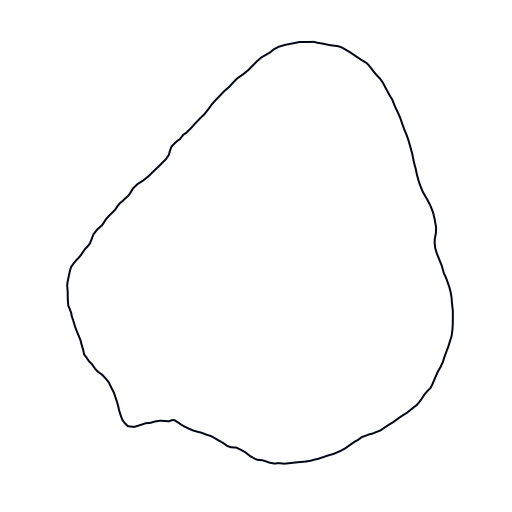 Kolhumadulu, Maldives (Equal Earth projection), rotated 175°
{"feature_id": "70690204B68081100071984", "entity_name": "Kolhumadulu", "entity_type": "district", "adm_level": 2, "iso_a3": "MDV", "parent_name": "Maldives", "parent_adm1": "", "projection": "equal_earth", "projection_center": [73.121, 2.361], "detail": "fine", "context": "isolated", "style": "outline", "palette": "ink", "viewbox_px": 512, "rotation_deg": 175, "n_neighbors": 0, "source": "geoboundaries", "source_scale": "gbopen_adm2", "svg_char_len": 3405}
<svg xmlns="http://www.w3.org/2000/svg" viewBox="0 0 512 512"><g transform="rotate(175 256 256)"><path d="M194.0,465.4L200.8,464.6L207.9,463.9L215.1,462.5L220.5,460.2L224.4,457.5L233.4,453.3L238.2,449.8L242.8,445.9L247.7,441.7L253.1,438.1L259.2,434.6L264.0,430.5L268.1,426.7L273.2,423.1L277.7,419.1L282.7,414.8L286.9,410.8L290.3,406.8L294.9,401.9L300.4,397.4L305.5,392.9L309.8,388.9L314.9,384.7L317.8,383.2L321.6,379.1L323.9,377.8L326.3,376.1L330.5,372.6L332.6,368.3L333.9,364.5L337.1,360.5L340.8,357.4L344.8,354.0L348.8,350.8L352.1,348.2L355.4,345.4L358.7,343.1L361.8,341.1L364.4,339.7L366.2,338.8L367.7,338.0L372.7,334.0L375.5,330.0L377.8,327.3L381.6,324.5L383.9,322.5L387.0,320.5L389.5,317.9L391.0,315.9L392.5,314.2L394.3,312.7L395.6,311.6L399.1,308.7L401.7,306.3L403.7,303.9L405.2,301.9L406.4,300.4L409.0,298.3L410.8,297.1L412.3,295.8L413.6,294.4L415.0,292.8L415.9,292.0L417.5,288.8L418.6,286.5L420.3,283.1L423.0,280.1L425.8,277.8L428.3,274.7L430.1,272.4L433.1,269.4L435.4,267.5L437.5,265.4L439.3,263.3L441.0,261.4L441.8,259.7L442.9,256.7L443.9,253.4L445.2,249.2L446.1,246.0L446.7,243.1L446.7,236.6L447.1,232.0L447.3,228.0L447.3,222.9L446.2,219.6L444.9,214.5L444.9,212.8L443.5,206.7L442.5,201.7L441.1,196.7L439.7,192.3L438.2,187.5L437.5,183.1L436.4,177.9L435.8,172.9L433.7,169.6L431.4,165.5L428.9,162.6L425.8,157.2L423.5,154.4L419.7,151.2L416.6,147.3L413.7,143.0L411.6,137.5L409.4,132.1L408.3,127.4L407.2,122.8L406.5,119.3L405.9,114.6L404.8,109.4L403.5,104.6L401.6,101.4L398.7,97.8L395.4,96.9L392.0,96.4L387.3,97.4L384.1,98.1L380.7,99.0L375.6,99.0L371.4,99.9L366.0,100.3L360.7,99.5L357.1,98.9L353.8,99.9L351.3,99.4L347.8,96.7L345.1,94.4L341.7,92.1L337.9,89.8L333.5,87.5L329.8,86.1L325.7,84.7L320.7,82.2L316.4,80.5L313.5,78.5L310.3,76.2L304.8,72.4L301.2,69.3L298.2,67.8L292.2,66.8L287.6,64.0L283.9,61.5L279.2,57.1L274.8,54.1L272.4,52.9L267.2,51.9L263.2,50.2L260.7,49.0L255.6,47.6L251.6,47.7L245.8,46.6L241.9,46.7L231.9,46.9L228.8,46.9L224.8,46.9L219.3,47.3L215.1,48.1L211.9,48.5L207.4,49.6L200.7,51.2L195.9,52.1L189.2,54.3L184.1,56.5L179.8,59.0L176.4,61.0L173.7,62.5L170.6,63.8L166.3,66.4L162.1,67.5L158.7,68.5L155.4,68.9L152.1,70.0L147.2,71.4L143.2,73.7L138.2,76.4L134.1,78.4L130.2,80.7L126.9,82.7L123.1,84.8L119.4,86.6L115.8,89.0L111.5,91.9L109.1,93.3L105.4,97.0L103.2,99.6L100.0,103.6L97.2,106.4L93.6,109.4L91.3,113.1L89.1,117.3L87.4,120.5L85.1,124.7L81.8,129.4L79.3,133.7L77.3,138.5L75.2,143.1L72.4,148.8L70.4,153.8L68.1,159.3L66.7,165.7L66.0,170.3L65.5,175.2L65.0,180.3L64.7,184.1L64.8,188.1L64.9,193.2L64.8,197.3L65.1,201.6L65.5,204.6L66.0,207.6L67.4,213.2L68.7,218.1L70.3,222.3L71.2,226.7L71.7,229.8L73.5,235.7L75.0,240.7L75.8,243.4L76.8,248.4L76.9,253.5L76.5,257.0L75.7,260.0L74.8,263.0L74.4,266.1L74.1,269.0L74.8,276.8L75.5,281.9L76.0,284.7L78.1,291.6L79.6,295.1L80.4,297.1L82.3,301.1L84.3,305.6L85.8,310.3L87.2,315.4L88.6,322.9L89.3,329.0L90.1,333.1L90.8,338.2L91.4,343.8L92.4,349.5L93.3,354.2L94.4,359.5L95.7,364.4L97.0,368.3L98.1,372.3L99.1,376.1L100.3,381.0L101.9,385.8L103.3,389.5L104.4,392.5L105.2,395.1L106.6,399.9L108.5,403.6L110.5,408.1L112.4,412.5L114.3,417.2L116.8,421.6L120.0,425.6L122.9,429.7L124.5,432.3L127.0,436.1L129.2,438.8L133.0,441.5L135.1,443.1L137.4,444.9L140.8,447.7L144.6,450.8L149.8,454.5L152.4,456.3L156.0,457.9L161.7,459.1L164.8,459.8L167.2,460.6L170.2,461.5L176.6,463.2L179.8,464.3L187.5,464.8L194.0,465.4Z" fill="none" stroke="#020617" stroke-width="2"/></g></svg>